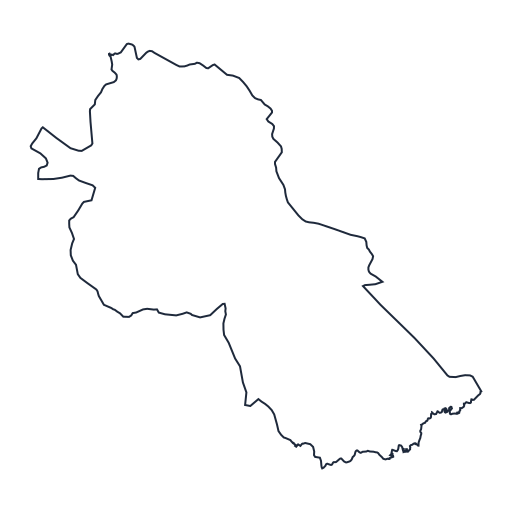 outline of Ezeris, Caras-Severin, Romania
{"feature_id": "2599482B45431507680180", "entity_name": "Ezeris", "entity_type": "district", "adm_level": 2, "iso_a3": "ROU", "parent_name": "Romania", "parent_adm1": "Caras-Severin", "projection": "natural_earth1", "projection_center": [21.931, 45.399], "detail": "fine", "context": "isolated", "style": "outline", "palette": "slate", "viewbox_px": 512, "rotation_deg": 0, "n_neighbors": 0, "source": "geoboundaries", "source_scale": "gbopen_adm2", "svg_char_len": 5950}
<svg xmlns="http://www.w3.org/2000/svg" viewBox="0 0 512 512"><path d="M481.3,391.4L472.7,376.7L470.0,375.4L465.1,375.2L460.3,376.0L455.7,377.1L449.5,376.8L447.4,375.4L433.6,358.5L414.6,338.1L380.4,304.7L363.0,286.1L365.0,285.1L369.2,284.8L375.4,284.2L382.4,281.8L375.7,276.5L370.7,273.7L369.4,272.3L368.8,271.2L368.4,269.6L368.4,267.4L369.2,265.3L372.5,259.1L373.1,256.2L371.8,254.0L369.9,251.6L368.9,249.6L367.2,247.9L366.6,245.4L366.3,241.9L364.7,238.4L360.8,237.1L357.4,236.2L350.6,234.8L334.6,229.1L318.5,223.7L313.8,222.8L309.1,222.3L305.7,221.5L302.2,219.2L298.4,215.4L287.9,202.4L286.8,199.2L285.9,195.9L285.3,192.6L285.0,189.3L283.4,184.9L279.0,178.1L276.4,171.3L276.1,167.6L275.0,164.0L275.0,161.9L281.8,152.3L281.7,148.9L281.0,146.4L277.5,142.5L273.4,138.9L272.3,136.7L272.1,134.1L273.9,128.6L274.0,126.2L272.3,124.0L268.3,121.5L266.7,119.1L272.0,112.5L272.0,110.8L270.6,108.6L267.8,106.3L264.7,104.5L260.9,100.0L258.1,99.4L255.4,98.3L254.9,98.0L252.3,95.4L249.6,90.7L246.6,86.2L243.1,82.0L239.2,78.0L232.9,75.6L227.0,74.8L214.6,64.5L212.8,65.1L208.1,68.3L206.3,68.0L203.1,65.5L199.6,63.2L196.9,62.7L194.9,63.8L189.7,64.5L187.1,65.6L184.3,66.4L179.6,66.5L176.4,65.0L154.5,52.9L152.0,51.2L149.6,50.9L147.7,51.7L146.2,52.8L140.3,58.9L138.4,59.4L136.9,57.9L134.5,46.8L133.9,46.0L132.5,44.8L131.6,44.4L128.4,43.6L126.8,44.1L120.8,52.4L117.8,53.8L117.0,53.9L115.1,53.4L114.4,53.8L113.1,55.1L111.8,54.6L111.4,55.0L110.4,54.9L109.6,53.6L109.0,53.9L109.0,54.6L109.5,55.6L110.6,56.7L111.7,61.5L112.2,64.6L111.5,69.5L112.5,70.9L114.7,72.6L116.5,74.6L116.8,76.0L116.8,77.3L116.6,78.7L115.9,80.4L113.8,82.1L106.1,84.4L104.4,85.9L102.4,89.0L101.0,92.3L98.0,96.0L95.3,100.0L94.8,104.4L90.1,109.1L89.9,111.3L90.5,121.8L92.4,143.5L91.2,145.4L81.7,150.9L78.5,150.7L70.5,148.2L56.4,138.0L42.8,127.3L41.5,128.5L36.4,138.3L32.2,143.5L30.7,146.2L31.4,148.4L40.4,153.4L45.9,158.4L47.6,162.7L46.7,165.5L44.1,166.8L41.2,167.4L39.0,168.8L38.2,173.0L38.2,179.0L41.9,179.2L53.4,179.0L62.0,177.7L70.4,175.6L73.2,175.9L76.0,178.3L79.0,180.5L85.8,183.0L92.6,185.3L95.2,187.8L91.5,200.3L83.9,201.9L82.3,203.6L78.2,210.5L73.6,217.2L71.1,218.5L70.1,219.4L69.2,220.5L69.2,223.8L69.4,227.4L72.0,233.1L74.0,239.0L72.2,243.3L70.6,250.0L70.8,255.3L72.9,260.7L76.0,264.8L77.8,274.2L80.4,277.9L87.1,282.9L96.2,289.4L97.0,290.4L97.6,291.6L98.1,293.7L98.8,296.0L103.9,304.8L111.5,308.1L113.0,309.2L114.8,309.8L117.3,311.7L120.0,313.3L123.3,316.7L129.0,316.9L131.2,315.5L132.7,313.1L136.2,312.5L143.1,309.4L147.2,308.8L153.8,309.6L157.0,309.4L158.8,312.6L165.0,314.3L176.2,315.4L182.6,313.8L186.7,312.4L190.7,313.8L192.0,315.0L200.1,317.4L210.2,315.2L216.9,308.9L222.7,304.0L224.6,303.8L225.6,308.4L225.3,311.2L225.9,314.5L224.5,318.7L223.4,323.4L223.5,329.7L224.1,335.0L228.7,342.8L235.1,358.5L240.0,366.3L242.9,382.4L246.4,392.4L245.1,405.0L250.3,406.0L258.4,399.1L261.5,401.6L265.1,403.9L268.3,406.5L271.7,410.1L274.2,414.4L277.0,424.5L278.5,431.1L281.1,434.8L283.8,437.5L285.5,438.0L290.4,440.1L291.7,441.8L293.5,443.0L293.2,443.3L295.8,445.0L295.1,445.9L296.2,446.7L298.1,444.4L300.4,445.9L302.0,443.9L302.5,443.6L303.1,443.7L305.2,443.0L310.3,444.2L313.1,446.9L314.2,451.5L314.0,455.1L315.1,456.9L319.9,457.7L321.0,460.9L321.4,465.6L321.7,467.3L322.2,468.4L323.6,467.7L325.5,465.7L326.0,464.4L326.5,464.0L327.2,463.7L330.6,464.9L331.5,464.9L332.1,464.4L332.9,462.9L333.5,462.2L335.9,462.1L336.5,461.7L339.6,459.0L340.4,458.5L341.3,458.5L344.1,461.5L345.9,462.4L346.6,462.4L349.4,461.5L350.4,461.0L351.7,459.5L352.7,457.0L353.7,456.2L354.7,454.9L355.4,452.0L355.8,451.2L356.6,450.5L357.0,450.4L357.5,450.5L359.1,452.0L360.4,452.8L361.3,452.6L362.5,451.8L366.4,451.5L367.8,450.8L369.9,451.5L373.4,451.7L375.8,452.3L377.0,452.4L378.2,453.1L379.3,454.7L382.0,457.2L383.3,458.8L385.5,459.4L387.7,458.7L388.7,459.0L389.4,459.0L389.6,458.9L389.6,458.1L393.2,456.8L393.2,456.2L393.0,455.6L391.8,455.8L390.2,455.2L391.0,454.4L391.7,454.3L392.4,453.7L392.0,453.2L391.5,453.0L392.1,450.1L392.2,449.8L392.5,449.8L395.9,451.1L396.9,451.2L397.8,450.0L398.3,448.7L398.7,445.8L398.9,445.3L399.2,445.1L401.1,445.6L402.2,447.1L402.3,447.9L402.5,448.3L403.5,448.9L402.7,449.2L402.7,449.5L403.4,451.5L403.5,452.0L404.5,451.5L404.4,450.9L404.5,450.8L404.8,450.8L405.2,451.8L405.5,451.7L405.5,450.7L406.4,450.3L406.3,449.2L406.9,449.2L407.2,451.7L407.9,451.7L408.3,451.4L409.0,450.3L410.1,449.4L410.1,448.1L410.3,447.5L409.9,446.1L410.9,445.1L412.4,444.7L413.5,443.7L414.8,443.3L415.0,443.8L415.3,444.1L415.6,444.1L416.0,443.7L418.2,445.7L418.5,445.7L418.6,442.6L419.4,440.2L420.3,438.0L420.7,435.7L421.2,434.2L421.3,433.1L420.3,431.8L420.3,430.7L421.0,429.5L421.2,428.5L421.5,425.8L421.1,424.8L422.2,424.4L423.3,423.4L425.2,422.7L425.6,421.7L426.1,421.2L426.6,420.9L427.2,420.8L427.5,420.3L427.8,419.0L428.3,418.3L429.5,418.5L430.5,418.0L431.0,417.0L431.1,414.2L431.2,413.9L431.7,413.9L432.2,413.4L432.1,412.4L432.3,412.5L432.9,413.4L434.4,414.3L436.1,414.0L437.5,411.3L437.9,411.4L438.3,411.9L439.6,412.8L440.9,412.6L441.8,412.0L442.5,409.6L442.8,409.4L443.4,409.5L444.3,408.8L444.4,408.5L445.6,408.2L446.4,409.1L446.4,409.4L446.0,409.8L445.8,410.4L445.3,410.2L444.9,410.4L444.8,410.8L444.5,411.2L444.5,411.6L444.9,412.2L445.5,412.6L447.4,411.8L447.5,410.9L447.8,410.6L448.3,410.4L448.6,410.7L448.9,410.6L449.2,410.2L449.3,409.5L449.1,408.2L450.6,406.8L451.4,406.9L451.9,408.5L451.0,409.4L450.7,410.0L449.9,410.1L449.8,410.3L449.9,413.4L450.2,414.0L451.0,414.3L452.6,413.7L455.1,413.5L456.3,413.8L457.5,413.7L457.7,413.3L457.0,412.9L457.2,412.5L457.8,412.5L458.7,413.1L459.2,412.9L459.4,411.9L459.3,411.4L460.2,410.4L460.1,409.7L460.2,408.8L460.2,408.1L461.7,408.2L463.7,406.8L464.2,405.8L463.9,404.4L463.9,403.7L464.9,403.7L466.1,402.3L466.3,402.2L468.9,403.0L470.0,403.1L470.5,402.9L470.9,402.5L471.0,402.0L471.0,401.3L471.4,399.3L471.8,399.3L472.2,399.8L472.4,399.9L473.9,399.8L478.3,395.3L479.9,394.1L480.4,393.2L480.4,392.0L481.3,391.4Z" fill="none" stroke="#1e293b" stroke-width="2"/></svg>